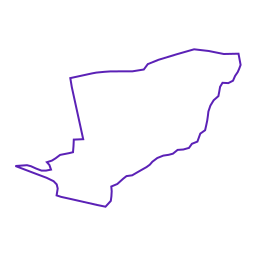 Kamukunji, Nairobi, Kenya (orthographic projection)
{"feature_id": "3690345B2174573011329", "entity_name": "Kamukunji", "entity_type": "district", "adm_level": 2, "iso_a3": "KEN", "parent_name": "Kenya", "parent_adm1": "Nairobi", "projection": "orthographic", "projection_center": [36.857, -1.275], "detail": "fine", "context": "isolated", "style": "outline", "palette": "violet", "viewbox_px": 256, "rotation_deg": 0, "n_neighbors": 0, "source": "geoboundaries", "source_scale": "gbopen_adm2", "svg_char_len": 1078}
<svg xmlns="http://www.w3.org/2000/svg" viewBox="0 0 256 256"><path d="M238.5,53.7L223.8,54.0L215.7,52.4L208.8,51.0L194.1,49.3L176.6,54.3L158.5,59.8L147.8,64.1L143.8,69.5L132.6,71.3L110.5,71.4L104.6,71.8L96.3,72.6L92.0,73.4L70.3,78.1L71.8,87.1L83.2,139.2L73.8,139.6L73.5,146.1L73.0,152.2L69.3,153.1L60.1,154.9L55.6,158.3L51.9,160.6L46.9,162.2L49.4,165.0L51.0,169.6L46.0,170.6L41.5,170.6L36.2,168.6L30.9,166.2L27.0,165.2L15.4,166.0L35.4,173.6L46.6,177.8L53.6,181.2L56.7,184.4L57.7,188.5L56.6,195.4L61.2,196.9L70.3,198.9L97.2,205.0L105.5,206.7L110.8,200.9L111.4,196.4L111.7,191.2L111.3,186.5L117.3,184.0L123.2,178.7L126.5,176.1L132.2,175.3L137.0,172.5L141.9,169.7L146.5,167.1L149.8,164.7L152.4,161.7L157.3,158.0L163.3,155.6L168.7,154.8L172.9,153.7L177.6,149.9L183.3,149.5L189.0,147.9L191.9,143.8L197.4,141.6L200.3,133.6L205.1,130.2L206.2,125.4L207.2,120.7L207.9,115.8L208.4,111.5L210.4,105.6L213.7,100.2L218.4,96.1L219.2,91.9L220.1,86.8L222.5,82.8L228.3,83.1L233.0,80.7L235.1,75.9L237.7,72.1L239.2,68.7L240.6,64.9L238.5,53.7Z" fill="none" stroke="#5b21b6" stroke-width="2"/></svg>